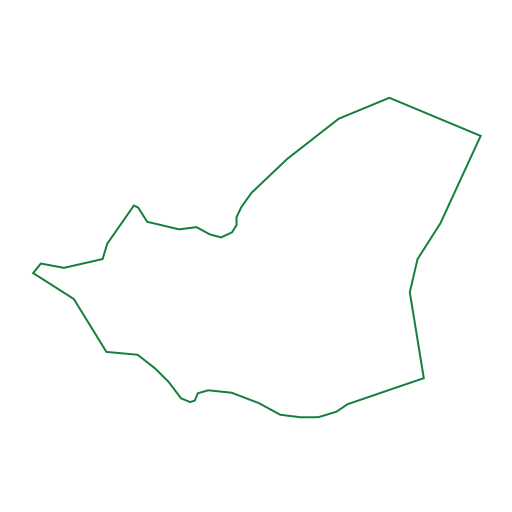 outline of Logatec, rotated 271°
{"feature_id": "SVN-964", "entity_name": "Logatec", "entity_type": "Municipality", "adm_level": 1, "iso_a3": "SVN", "parent_name": "Slovenia", "parent_adm1": "", "projection": "albers", "projection_center": [14.177, 45.942], "detail": "fine", "context": "isolated", "style": "outline", "palette": "green", "viewbox_px": 512, "rotation_deg": 271, "n_neighbors": 0, "source": "natural_earth", "source_scale": "10m", "svg_char_len": 686}
<svg xmlns="http://www.w3.org/2000/svg" viewBox="0 0 512 512"><g transform="rotate(271 256 256)"><path d="M235.0,33.5L244.7,41.0L240.8,64.2L250.3,102.7L265.8,107.1L304.3,133.0L302.3,137.4L288.3,146.6L281.3,178.6L283.8,196.0L276.8,209.5L274.0,220.8L279.3,231.7L286.6,236.0L294.3,235.8L304.7,240.5L319.2,250.5L353.7,285.6L394.7,336.3L416.5,386.5L380.0,478.5L291.9,439.8L255.8,417.6L222.5,410.4L136.8,425.9L128.5,402.8L109.4,350.1L101.7,339.1L95.9,321.1L95.5,303.5L97.7,283.0L109.0,261.3L118.9,233.9L120.9,210.6L117.7,200.2L110.4,197.3L108.8,192.7L112.4,183.5L128.4,171.0L141.7,157.2L155.2,139.3L157.5,108.1L209.8,74.6L235.0,33.5Z" fill="none" stroke="#15803d" stroke-width="2"/></g></svg>